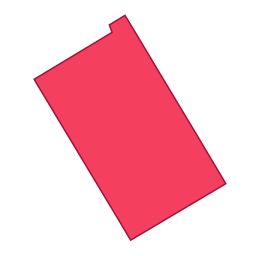 outline of Sargent, North Dakota, United States of America, rotated 239°
{"feature_id": "52423323B99155111830377", "entity_name": "Sargent", "entity_type": "district", "adm_level": 2, "iso_a3": "USA", "parent_name": "United States of America", "parent_adm1": "North Dakota", "projection": "natural_earth1", "projection_center": [-97.554, 46.109], "detail": "fine", "context": "isolated", "style": "filled", "palette": "rose", "viewbox_px": 256, "rotation_deg": 239, "n_neighbors": 0, "source": "geoboundaries", "source_scale": "gbopen_adm2", "svg_char_len": 422}
<svg xmlns="http://www.w3.org/2000/svg" viewBox="0 0 256 256"><g transform="rotate(239 128 128)"><path d="M212.8,72.6L54.9,72.6L30.5,72.5L29.9,183.1L35.3,183.2L37.3,183.2L42.3,183.2L86.1,183.4L88.0,183.4L108.3,183.4L147.0,183.4L152.9,183.4L153.0,183.4L159.8,183.4L162.3,183.4L203.3,183.5L205.0,183.5L226.1,183.4L226.0,165.1L218.2,163.6L218.1,72.7L212.8,72.6Z" fill="#f43f5e" stroke="#9f1239" stroke-width="1.5"/></g></svg>